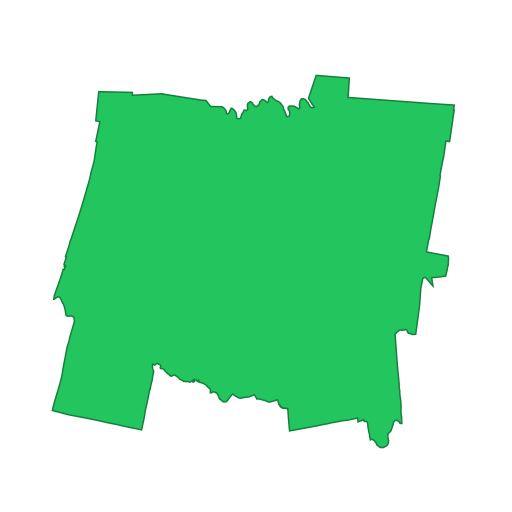 Barla, Arges, Romania (Natural Earth projection), rotated 281°
{"feature_id": "2599482B83740552366716", "entity_name": "Barla", "entity_type": "district", "adm_level": 2, "iso_a3": "ROU", "parent_name": "Romania", "parent_adm1": "Arges", "projection": "natural_earth1", "projection_center": [24.78, 44.442], "detail": "fine", "context": "isolated", "style": "filled", "palette": "green", "viewbox_px": 512, "rotation_deg": 281, "n_neighbors": 0, "source": "geoboundaries", "source_scale": "gbopen_adm2", "svg_char_len": 6027}
<svg xmlns="http://www.w3.org/2000/svg" viewBox="0 0 512 512"><g transform="rotate(281 256 256)"><path d="M442.0,421.9L439.0,398.3L429.2,316.1L448.5,313.7L444.8,280.6L422.0,277.6L420.8,277.7L420.1,277.9L413.4,284.6L412.8,283.8L412.3,282.8L412.5,281.1L415.0,278.9L416.4,278.0L416.9,276.9L417.7,276.2L419.0,274.5L419.4,272.6L418.9,270.6L417.3,269.8L415.1,269.6L412.5,269.8L410.4,270.6L409.7,270.6L409.1,270.2L408.7,269.6L408.9,268.8L409.4,268.0L409.6,266.9L410.1,265.9L410.3,264.8L409.8,260.9L409.4,260.0L408.6,259.4L408.0,259.2L407.4,259.2L405.9,259.8L404.9,261.0L403.7,261.6L403.0,261.6L402.0,262.1L400.0,262.1L399.6,261.9L398.8,260.0L399.5,258.8L400.2,258.7L400.5,258.3L401.7,257.8L403.7,256.5L405.7,254.9L406.4,254.7L407.7,254.1L408.9,252.9L409.7,251.9L410.8,250.9L411.8,248.9L412.5,245.8L412.8,245.1L414.6,242.0L415.8,241.1L415.1,239.6L413.3,238.7L412.2,238.5L409.7,238.5L409.0,238.2L408.8,237.3L409.9,236.1L410.5,234.5L410.9,232.9L410.7,232.1L408.3,230.4L406.3,230.2L404.0,229.3L402.7,227.7L402.8,226.4L404.4,224.2L406.0,222.6L406.3,221.7L406.4,220.9L405.8,220.3L404.4,219.0L403.3,218.7L400.1,219.3L399.1,219.8L398.1,219.9L397.4,219.2L397.1,218.7L397.0,216.5L394.9,216.0L393.1,215.2L392.0,214.9L391.0,214.8L390.1,214.6L389.1,214.8L388.0,214.2L387.3,212.1L387.4,211.2L388.1,210.7L391.2,209.8L393.1,208.9L394.8,207.1L395.9,205.4L396.4,204.1L396.3,203.4L395.4,203.3L393.7,202.6L391.6,202.4L390.6,201.8L389.9,200.6L390.5,199.5L391.4,199.5L393.2,198.6L394.3,197.4L395.5,195.7L396.0,193.8L394.3,184.0L394.2,182.8L399.2,177.2L398.6,173.2L397.2,133.6L397.5,133.5L390.2,104.0L393.0,103.4L387.3,70.3L358.2,72.9L358.0,77.1L337.9,76.8L337.8,78.2L337.6,78.4L333.9,78.3L318.1,79.0L305.9,78.1L302.5,78.1L298.2,77.9L276.1,75.9L262.0,74.4L245.2,72.2L236.9,71.2L234.7,70.7L232.7,70.7L227.9,70.2L219.0,69.1L218.9,70.1L211.2,69.1L211.1,70.0L209.3,69.8L209.4,70.4L209.9,70.4L209.9,70.6L209.8,70.9L209.6,71.0L209.2,71.0L209.2,70.6L206.0,70.3L206.2,69.3L197.0,68.3L178.9,65.6L174.9,65.7L175.1,66.3L176.4,67.4L177.9,69.0L178.1,69.8L178.2,70.6L177.8,71.4L177.0,72.2L172.5,75.5L172.1,76.1L168.5,78.1L166.3,79.1L161.3,80.9L161.0,82.4L161.3,84.0L162.0,86.0L161.5,88.0L160.6,89.2L157.7,90.1L156.6,90.2L140.7,88.7L136.7,88.7L130.9,88.0L112.6,88.0L101.2,88.3L93.5,87.9L73.0,85.9L65.5,85.5L64.4,102.2L64.5,122.8L64.3,134.9L64.0,143.8L64.0,151.5L63.7,160.7L63.5,176.9L77.2,177.1L82.4,176.8L90.2,177.1L104.7,177.2L104.8,177.5L105.1,177.5L111.2,177.5L114.4,177.8L118.5,177.5L121.6,177.7L123.7,177.4L125.5,176.0L129.6,175.1L130.3,175.4L130.3,175.7L129.6,177.0L129.7,177.4L130.0,177.9L130.9,178.5L131.9,179.3L131.9,179.6L131.1,181.2L130.9,182.6L130.6,182.9L129.8,183.5L129.3,183.5L128.5,183.2L127.9,183.4L127.3,183.9L127.2,184.2L127.6,185.7L127.2,187.0L125.3,189.1L125.0,189.9L124.4,190.6L123.9,191.6L123.5,192.2L123.3,193.1L122.5,193.7L122.2,194.9L121.7,195.4L121.8,195.9L122.5,196.6L123.4,198.1L123.6,198.8L123.5,199.5L121.4,203.7L120.6,204.4L120.4,204.7L119.9,207.5L119.0,209.1L119.4,210.3L119.3,211.6L119.8,212.8L119.6,215.2L119.7,215.5L120.8,216.7L121.1,217.1L120.3,218.0L120.2,218.3L120.6,219.0L121.3,219.6L121.6,219.4L122.1,218.1L122.6,218.0L123.0,218.5L123.2,219.1L123.1,219.6L122.3,221.7L121.7,222.4L122.0,222.7L123.2,223.3L121.2,224.2L121.3,225.0L121.0,227.9L120.6,229.6L119.7,231.9L119.3,232.5L118.5,233.0L118.1,234.0L116.6,236.4L116.1,236.8L115.8,236.9L113.4,237.1L113.0,237.3L113.0,237.7L113.2,238.5L114.3,239.5L114.6,240.1L114.5,241.1L114.3,242.3L113.7,243.9L112.3,245.2L109.9,246.7L108.7,247.6L108.5,248.0L108.5,248.7L107.9,249.1L106.8,251.2L106.6,252.1L107.0,254.0L107.3,254.5L108.7,255.6L112.8,257.5L115.8,259.1L116.0,259.5L114.9,261.8L114.1,264.2L113.4,265.9L113.5,268.0L114.2,269.9L115.0,271.6L115.4,273.2L116.5,276.3L117.9,278.4L118.9,279.7L119.2,280.3L119.2,281.0L118.3,282.1L115.7,284.2L116.3,285.8L115.8,292.6L115.2,295.2L115.1,296.7L115.8,298.6L117.0,300.8L117.9,302.8L118.3,303.3L118.7,303.4L118.6,303.7L118.8,304.3L118.8,304.7L118.7,304.9L116.7,305.8L116.1,306.2L114.9,306.5L114.7,307.1L114.3,307.2L113.9,307.6L113.8,307.8L114.2,307.7L114.1,308.0L113.7,308.3L113.4,308.1L112.7,308.9L112.7,309.1L112.8,309.4L112.2,309.5L112.1,309.8L112.3,310.3L111.9,310.6L111.7,311.1L111.7,312.3L111.8,312.6L112.2,312.5L112.3,313.0L111.9,313.1L112.1,314.2L112.0,315.1L112.4,315.6L112.4,316.3L102.9,318.8L90.7,322.3L100.0,346.0L103.6,354.6L104.8,357.8L106.6,361.8L109.8,370.0L110.7,372.0L112.2,376.9L114.9,383.5L116.4,386.6L112.6,387.8L115.9,393.1L114.7,393.5L114.3,393.8L114.2,394.0L114.7,395.8L114.7,396.1L114.4,396.6L112.5,397.7L109.0,398.7L103.8,400.8L102.7,401.4L101.3,401.7L97.3,403.4L97.9,404.1L98.1,404.9L98.1,405.4L97.6,406.9L97.6,407.2L96.6,408.1L96.0,408.9L94.8,410.1L94.1,410.2L93.7,410.4L92.7,412.8L91.7,414.3L92.0,415.1L91.9,416.3L92.4,417.7L94.4,420.2L95.6,421.0L96.3,421.3L98.2,421.6L100.2,421.3L102.6,420.3L105.1,419.6L106.0,419.6L107.4,420.0L108.3,420.6L109.2,421.4L110.4,421.9L116.2,422.7L118.9,422.8L119.6,423.0L121.2,424.1L121.7,424.8L121.6,425.2L120.9,427.6L120.4,428.2L119.3,429.2L119.2,430.4L119.4,431.1L123.4,430.1L125.7,429.7L127.5,428.9L129.3,428.4L131.8,427.8L134.5,427.4L138.2,426.6L143.3,425.1L146.3,424.0L148.3,423.4L151.1,422.9L151.9,422.4L152.9,422.2L153.9,421.4L154.7,421.6L158.1,420.8L175.4,415.7L205.9,407.4L206.8,408.3L208.2,408.9L209.6,410.4L210.6,410.8L211.0,412.6L210.9,414.0L211.4,414.7L211.6,415.7L212.5,416.8L212.1,418.3L211.5,418.7L210.8,419.0L209.7,419.7L209.2,420.5L209.1,421.1L209.5,422.4L208.8,423.8L208.8,424.5L209.3,426.8L209.6,427.2L209.6,427.7L236.1,426.2L239.6,425.9L255.3,424.0L259.8,423.9L261.8,424.1L263.8,423.9L265.5,424.1L266.3,424.5L267.0,425.5L267.2,425.9L267.0,426.9L260.3,435.4L268.2,432.6L270.4,440.0L272.5,446.1L278.7,446.3L281.9,446.2L283.9,446.4L290.6,445.4L292.6,444.8L292.5,425.2L292.6,422.6L292.8,422.5L304.8,422.4L305.5,422.7L306.1,422.8L314.8,422.5L329.3,422.4L339.8,422.2L358.0,422.2L369.8,421.7L370.3,421.2L384.9,421.1L388.7,421.3L405.1,420.5L405.2,424.0L405.3,424.2L436.8,422.7L437.0,422.7L436.9,422.0L442.0,421.9Z" fill="#22c55e" stroke="#15803d" stroke-width="1.5"/></g></svg>